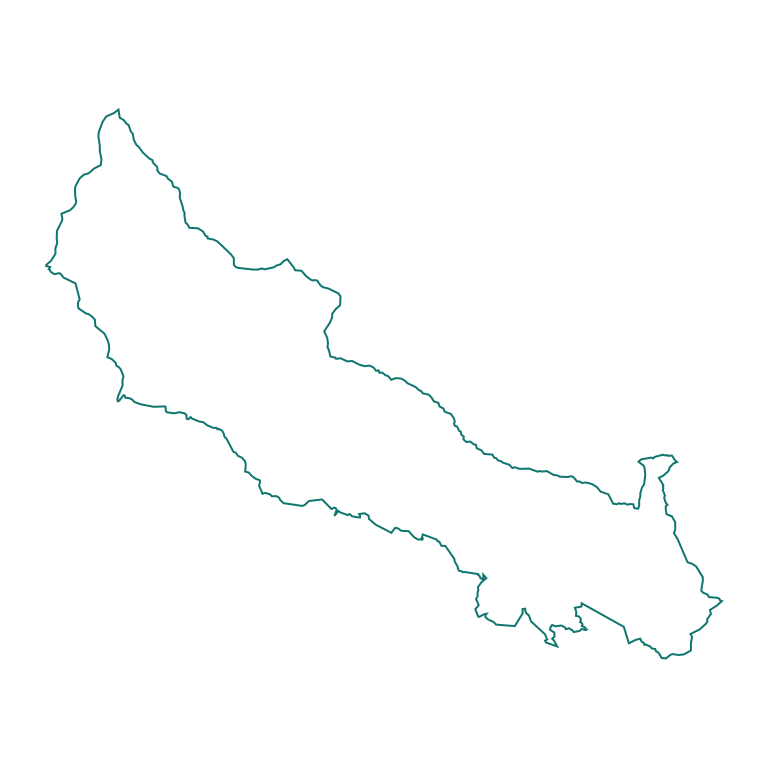 Izvoarele, Prahova, Romania
{"feature_id": "2599482B60972398280668", "entity_name": "Izvoarele", "entity_type": "district", "adm_level": 2, "iso_a3": "ROU", "parent_name": "Romania", "parent_adm1": "Prahova", "projection": "mercator", "projection_center": [25.925, 45.31], "detail": "fine", "context": "isolated", "style": "outline", "palette": "teal", "viewbox_px": 768, "rotation_deg": 0, "n_neighbors": 0, "source": "geoboundaries", "source_scale": "gbopen_adm2", "svg_char_len": 6081}
<svg xmlns="http://www.w3.org/2000/svg" viewBox="0 0 768 768"><path d="M690.9,650.5L691.0,642.8L691.9,637.9L691.6,635.8L690.5,634.0L699.7,629.4L705.8,623.9L707.4,621.4L707.2,619.1L710.9,614.1L710.0,609.9L716.6,605.8L721.9,601.1L720.1,600.4L719.3,598.8L717.4,597.8L708.9,597.1L707.5,594.5L703.7,593.0L701.6,591.3L701.3,590.2L702.8,581.0L702.8,577.2L696.2,566.5L692.2,563.8L687.5,562.2L677.6,539.0L673.9,533.1L675.2,529.6L675.2,522.1L671.9,516.4L666.9,514.4L666.3,513.2L665.6,507.5L666.1,505.7L667.5,504.9L665.5,502.2L664.2,498.0L664.9,495.3L662.7,489.9L663.4,488.3L662.9,486.5L663.4,485.4L658.8,477.8L663.0,475.8L667.8,471.7L669.3,469.3L669.6,467.4L673.3,463.6L677.0,462.0L675.2,460.6L671.9,455.5L668.1,455.9L667.0,455.0L665.5,455.5L662.7,454.8L654.8,456.9L652.9,458.4L651.5,457.6L641.4,459.3L638.8,461.2L638.5,461.7L643.5,465.6L644.4,467.1L645.3,474.8L644.1,484.1L641.9,487.9L640.4,493.0L640.2,496.7L639.2,500.2L639.2,505.1L638.2,508.7L634.3,508.1L633.3,504.3L629.9,504.0L627.9,504.7L624.2,503.3L620.9,504.0L619.2,503.2L617.0,504.2L613.1,503.7L608.4,494.3L600.7,491.7L597.0,487.2L591.9,484.0L586.0,482.5L582.2,483.0L579.1,481.4L577.3,481.6L573.1,476.8L570.7,476.2L568.2,477.0L559.7,476.7L557.7,475.5L553.3,474.8L546.9,471.1L542.2,471.6L539.6,471.0L537.7,471.7L529.0,468.6L519.6,468.9L514.7,467.2L512.4,468.1L509.4,464.8L502.5,462.5L501.5,461.4L497.8,460.2L496.3,458.2L494.1,457.7L492.5,454.6L484.1,453.9L481.4,450.3L476.9,448.4L475.7,444.5L474.0,444.5L470.1,441.5L466.7,442.1L464.3,440.2L463.4,439.2L463.8,436.6L461.3,434.6L460.8,431.8L459.3,431.0L457.1,426.6L454.8,425.8L454.0,423.7L454.8,421.6L454.0,418.5L451.0,414.0L444.7,411.7L443.5,408.6L439.4,406.3L438.4,402.9L433.8,401.3L431.3,397.2L428.7,394.7L422.7,393.3L421.2,391.1L419.3,390.4L415.4,386.9L407.6,383.3L404.7,380.5L401.2,378.6L395.7,378.1L391.3,379.9L388.3,376.2L385.5,375.2L382.2,372.6L379.4,372.8L378.6,370.4L376.0,370.8L373.7,367.7L369.8,365.6L364.5,366.2L359.0,364.5L352.1,361.0L347.2,361.4L340.7,358.3L336.1,358.8L335.4,357.7L330.3,356.4L329.0,350.3L327.5,347.1L328.0,343.6L327.3,338.1L324.2,331.3L329.9,322.7L332.0,317.8L332.3,313.6L336.1,308.7L340.1,305.3L340.5,296.4L338.4,293.4L328.3,288.5L323.0,287.2L320.4,285.2L317.4,280.8L315.5,280.1L312.4,280.4L310.2,279.3L306.1,276.1L301.5,270.8L295.0,270.2L294.1,267.9L287.4,259.3L283.9,260.9L280.5,264.3L276.6,265.5L273.5,267.4L264.6,269.3L262.0,268.5L258.0,269.5L253.4,269.6L238.2,267.9L235.5,266.8L233.9,264.8L233.8,258.1L231.0,254.4L217.5,241.5L213.8,239.7L207.6,238.4L207.4,236.6L205.8,236.0L202.8,231.3L197.9,228.3L189.4,227.8L187.6,224.4L185.6,222.8L184.4,215.7L184.7,213.0L183.4,210.6L182.5,205.9L179.7,197.6L180.1,193.4L179.3,189.9L177.9,188.0L173.4,186.7L171.9,181.7L167.9,178.6L166.5,176.1L159.5,173.4L157.2,170.1L157.4,168.1L156.9,166.6L152.8,162.5L152.6,160.3L149.2,158.4L142.9,152.6L139.0,147.2L136.3,144.8L133.8,139.7L132.8,133.9L130.8,131.4L128.7,125.2L126.2,123.4L123.9,120.2L119.7,117.7L118.5,109.6L113.7,113.2L106.2,116.5L102.8,121.5L99.8,129.1L98.6,133.2L98.4,136.2L99.8,145.9L99.8,151.1L101.5,159.8L100.7,165.1L94.1,168.5L88.5,173.4L83.8,174.7L79.7,178.4L76.2,184.7L75.0,188.0L75.2,196.3L76.2,201.4L75.8,203.5L73.4,207.1L69.9,210.3L61.5,213.7L62.4,218.9L62.0,220.8L57.0,230.8L56.7,238.1L57.2,243.0L55.4,248.4L55.5,253.7L50.9,260.9L46.4,264.8L46.1,266.0L50.1,267.0L48.8,269.3L49.7,269.6L50.4,271.5L53.5,273.7L55.0,274.1L59.2,273.1L61.0,274.2L63.4,277.5L75.5,283.4L79.7,299.5L78.1,302.0L78.0,306.4L78.7,308.5L85.9,313.4L88.7,314.2L91.7,316.3L94.9,319.7L95.4,326.2L104.4,333.6L107.5,339.8L108.9,344.4L109.2,349.5L107.4,357.2L111.8,359.1L115.6,362.8L116.4,365.8L118.8,367.1L120.6,369.2L123.5,376.3L122.5,380.3L122.6,385.5L118.3,395.6L117.3,399.7L117.9,401.3L119.2,400.7L123.6,395.2L124.6,395.6L125.5,397.8L129.1,398.1L132.1,399.5L134.4,402.0L140.7,404.3L153.6,406.8L165.1,406.4L165.6,407.2L165.8,411.0L167.0,412.3L174.4,413.3L179.3,412.2L184.5,413.3L186.5,415.1L186.5,418.2L187.2,419.1L188.6,419.0L190.5,417.1L191.9,418.5L198.8,421.4L203.3,422.2L207.2,425.3L213.7,428.0L216.3,427.8L217.6,429.3L218.7,428.9L221.9,430.4L223.6,433.3L224.5,436.7L226.5,438.7L233.4,451.8L235.7,452.6L237.9,455.8L241.9,457.7L244.8,461.0L245.8,464.0L245.2,471.6L248.7,472.5L251.7,475.9L255.7,478.8L259.7,480.2L260.1,481.7L259.2,484.8L259.3,486.2L262.6,493.8L265.0,492.9L270.0,494.3L271.9,496.3L276.2,496.1L279.2,497.7L280.1,499.9L283.6,503.2L302.2,505.9L304.6,505.1L308.6,501.3L310.2,500.8L322.1,499.5L331.5,509.0L334.4,507.6L335.8,508.2L336.6,510.1L334.4,515.9L338.3,511.0L340.1,512.3L347.8,515.1L349.6,514.0L352.0,516.2L356.4,517.2L360.0,517.4L360.2,516.2L359.2,514.0L364.7,513.3L368.6,515.7L369.0,519.0L375.9,524.8L391.4,532.8L395.3,527.7L398.1,528.5L401.3,530.8L408.7,531.2L413.8,536.9L417.6,539.4L422.4,539.6L422.8,538.5L421.6,537.9L423.0,534.5L436.5,539.5L437.8,541.3L439.2,541.6L441.5,545.9L445.3,545.9L454.4,559.0L454.6,561.2L457.9,567.1L457.7,568.1L459.1,570.9L461.0,571.0L463.1,572.3L464.2,571.9L478.2,574.1L478.0,574.7L479.8,576.3L480.3,578.0L482.2,579.1L483.0,578.9L482.5,578.5L483.4,577.6L483.3,574.7L486.3,578.2L481.6,582.1L477.9,587.2L478.3,590.0L477.4,593.4L477.7,595.8L476.1,599.1L478.7,605.2L475.3,609.2L478.1,616.4L479.1,617.0L483.7,614.4L486.5,613.8L485.4,615.2L485.3,616.8L487.6,619.2L493.8,622.1L496.0,624.6L514.8,626.1L522.6,613.5L522.6,609.0L525.2,608.7L525.4,611.3L526.6,613.6L528.9,615.4L531.0,621.3L545.1,634.4L547.2,639.5L545.1,640.6L545.9,642.5L557.1,646.4L553.7,640.1L552.2,638.8L554.6,636.4L554.3,632.5L550.0,629.8L550.3,627.8L552.1,624.9L555.5,626.3L561.5,625.5L565.0,627.4L565.8,629.2L568.9,628.2L572.6,630.5L573.8,632.1L579.6,630.9L581.8,628.9L585.5,630.1L586.5,629.6L585.4,629.1L585.6,628.2L584.1,626.9L581.9,626.1L582.5,624.4L581.5,622.5L580.2,622.2L580.9,619.4L580.5,618.3L578.8,616.4L576.0,615.9L576.3,612.0L574.9,607.7L581.4,606.6L581.7,603.3L623.8,626.8L628.9,643.3L635.8,639.8L640.2,638.7L641.5,641.5L644.1,643.2L644.3,644.8L645.9,644.6L650.4,646.6L651.8,648.5L655.2,649.0L656.0,651.3L658.5,652.7L661.7,658.0L666.0,658.4L670.4,654.8L672.7,654.1L678.5,655.0L683.9,654.4L690.9,650.5Z" fill="none" stroke="#0f766e" stroke-width="2"/></svg>